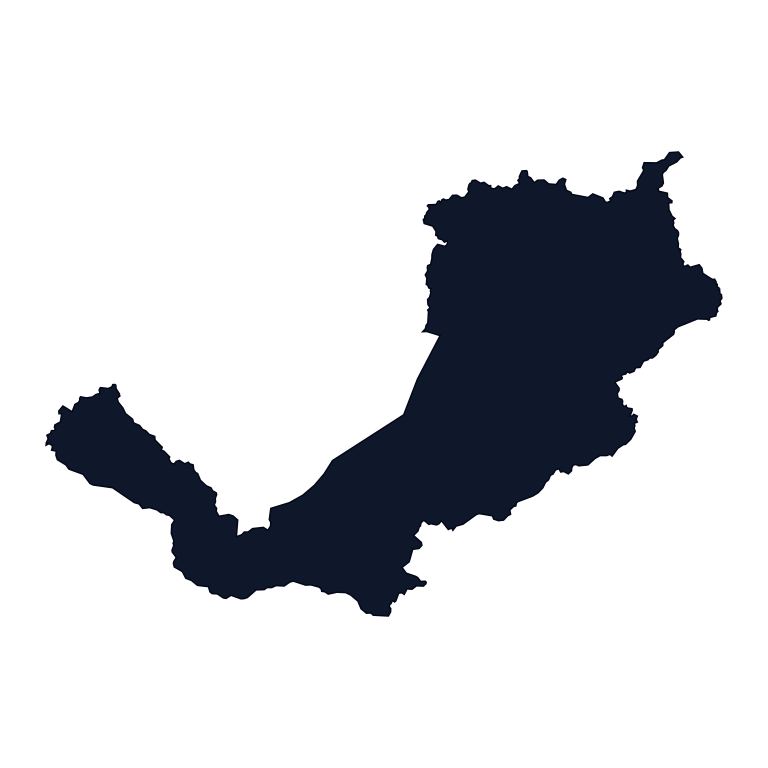 the Republic of Buryat
{"feature_id": "RUS-2606", "entity_name": "Buryat", "entity_type": "Republic", "adm_level": 1, "iso_a3": "RUS", "parent_name": "Russia", "parent_adm1": "", "projection": "albers", "projection_center": [108.984, 53.605], "detail": "fine", "context": "isolated", "style": "filled", "palette": "ink", "viewbox_px": 768, "rotation_deg": 0, "n_neighbors": 0, "source": "natural_earth", "source_scale": "10m", "svg_char_len": 6094}
<svg xmlns="http://www.w3.org/2000/svg" viewBox="0 0 768 768"><path d="M93.2,485.0L90.0,483.5L83.1,474.3L68.9,469.1L65.9,464.9L57.4,459.7L55.9,455.3L56.2,451.1L51.6,450.2L52.4,447.0L52.0,445.3L48.9,443.7L46.1,445.2L46.3,442.7L48.2,438.8L46.9,435.2L50.4,433.5L51.5,430.6L54.3,430.6L55.3,429.0L54.4,427.4L54.9,424.9L60.4,421.9L61.7,413.8L59.0,413.7L58.8,411.0L62.9,406.0L72.2,411.8L74.9,404.4L78.5,402.5L79.8,400.2L79.6,398.6L80.5,396.8L86.5,397.9L92.5,397.0L96.0,394.5L100.0,393.4L99.1,389.8L100.4,387.6L108.2,388.5L111.8,386.9L112.8,384.6L115.0,384.5L115.8,385.2L116.1,388.7L119.5,394.0L119.2,396.0L119.7,396.1L117.1,398.4L118.3,402.2L122.9,408.0L125.5,413.5L132.6,419.2L133.6,422.9L139.6,425.5L142.6,429.4L145.8,430.8L149.2,434.4L154.7,436.4L155.1,440.1L162.2,447.2L161.3,450.4L163.9,451.1L169.7,457.0L168.9,458.9L171.1,463.0L174.2,464.0L176.2,461.4L179.5,460.4L184.7,463.8L188.4,462.2L189.8,463.9L193.1,464.8L193.8,469.8L195.7,472.6L197.6,473.5L200.4,480.3L206.3,485.8L211.1,487.9L212.5,490.7L216.3,492.9L216.6,494.8L215.3,498.2L215.5,501.8L214.2,505.1L216.6,508.3L216.2,511.3L219.0,516.3L228.8,514.5L233.1,516.0L237.7,520.0L236.4,536.7L241.8,534.7L244.3,532.0L248.2,532.0L252.5,528.6L263.4,527.4L267.9,530.3L270.5,526.1L270.8,522.4L269.3,519.5L270.8,508.4L289.4,502.7L302.8,495.2L314.4,485.3L324.1,473.9L332.5,460.6L403.7,414.8L417.5,379.0L440.1,335.6L426.8,331.5L422.7,331.7L425.4,328.7L426.1,325.4L427.8,323.1L428.5,311.7L427.7,310.1L430.1,307.6L428.0,304.7L427.6,299.4L429.5,297.4L430.9,292.7L430.4,291.1L430.8,288.8L428.8,287.9L427.7,285.1L426.3,284.5L426.9,278.3L425.3,274.9L427.7,270.8L427.3,267.5L427.7,265.6L430.6,264.5L431.9,258.5L432.0,254.5L433.5,249.4L437.6,244.4L445.2,246.4L447.2,244.1L447.5,242.3L446.9,240.9L444.4,242.2L442.3,239.7L438.3,238.6L437.6,236.2L435.7,235.2L436.1,231.5L432.7,226.1L424.2,223.5L423.3,219.5L424.7,218.4L424.8,216.0L426.3,214.7L426.6,212.7L429.0,209.8L429.1,207.7L427.4,205.9L428.3,204.8L436.2,204.5L437.8,201.5L439.1,200.9L440.6,202.5L441.9,199.8L443.5,199.0L445.8,200.1L449.1,199.5L452.6,195.3L457.0,195.2L461.3,197.8L464.8,197.1L468.9,191.7L467.9,189.2L468.8,185.5L469.8,183.5L471.1,183.1L472.2,180.6L475.4,180.1L480.5,183.2L484.1,182.3L488.7,185.7L490.6,185.6L490.7,187.8L493.1,188.8L495.2,188.5L498.2,185.9L502.7,188.3L506.6,186.7L511.9,189.3L514.9,185.6L519.2,183.7L519.3,182.7L517.9,180.3L519.5,178.7L519.4,176.4L521.9,171.0L526.1,170.6L527.2,171.3L527.8,176.5L530.6,177.7L534.2,182.7L537.6,180.2L544.2,180.0L548.6,183.9L556.2,184.5L559.2,180.2L562.9,178.2L565.8,179.6L564.4,184.2L566.4,190.3L570.9,192.3L571.7,194.4L588.1,197.5L592.8,193.9L603.0,198.0L605.1,201.6L606.6,202.6L610.2,201.3L610.5,200.1L609.7,198.6L612.5,196.7L614.3,192.3L619.2,191.3L624.6,193.2L626.6,191.9L626.4,190.2L630.3,191.1L635.9,189.5L637.6,185.8L637.5,181.1L643.5,171.0L643.4,169.1L642.5,167.9L644.1,162.7L656.5,162.9L662.1,160.0L664.3,159.9L669.5,152.6L678.5,152.0L682.7,157.1L680.5,157.8L676.7,161.9L668.8,165.9L666.0,170.4L663.2,172.5L662.3,174.6L663.4,183.0L662.0,185.9L658.2,188.2L658.6,191.2L667.4,193.2L667.6,197.6L672.0,200.9L671.8,202.7L668.6,202.9L669.0,209.9L672.1,216.3L675.0,218.5L673.1,220.2L673.8,223.1L673.0,225.1L674.6,228.5L677.6,230.8L678.5,232.6L678.5,235.2L677.2,238.4L678.4,243.7L678.1,247.8L680.7,249.5L680.1,251.6L680.8,253.7L680.5,257.6L683.8,261.6L682.8,264.1L683.4,265.5L684.4,266.6L687.8,265.0L690.2,267.3L699.2,264.7L701.9,268.2L702.8,273.3L712.2,279.4L714.6,279.2L716.1,281.8L716.0,283.1L717.3,284.4L717.0,287.0L718.7,287.5L719.0,289.2L719.6,289.1L719.9,293.6L721.4,294.6L721.9,298.3L720.0,300.7L721.0,303.9L717.4,307.3L717.3,310.4L717.9,311.2L716.5,312.8L715.8,316.0L709.9,317.4L709.4,320.0L708.6,320.3L707.2,319.2L697.5,318.9L677.9,326.8L674.0,330.0L674.3,331.9L673.6,334.3L662.9,342.6L662.7,345.7L658.1,349.6L658.2,352.0L655.9,355.2L652.6,357.9L649.2,358.1L648.1,359.7L643.5,361.2L640.1,367.4L635.6,367.8L634.0,371.3L629.5,373.0L627.4,371.7L625.7,374.0L621.7,375.0L621.5,376.9L622.3,377.7L621.9,378.9L615.6,381.7L615.3,382.9L619.1,388.2L619.1,390.4L617.3,393.4L618.0,397.9L622.0,399.5L622.7,401.3L622.3,404.2L623.9,406.6L626.2,405.5L626.4,407.1L628.1,408.2L632.0,408.7L632.2,410.4L630.0,416.1L632.3,416.0L633.7,414.3L637.3,416.1L636.1,419.3L637.3,422.1L634.2,423.3L634.9,425.6L634.1,428.1L635.2,431.4L630.7,439.3L625.5,444.4L623.4,444.6L617.8,448.3L612.1,456.1L610.1,454.3L606.5,455.6L600.1,455.6L595.1,458.4L587.9,464.9L578.8,465.8L575.8,464.5L573.2,465.1L571.8,467.7L571.5,470.9L568.3,473.9L563.8,471.5L560.7,472.0L559.0,468.7L555.4,470.0L553.2,473.9L550.4,475.4L548.5,479.9L545.5,482.3L542.9,487.7L538.1,492.8L532.8,496.0L517.7,501.7L516.3,503.1L515.8,506.0L513.8,506.3L509.8,510.0L510.6,514.3L507.8,515.6L503.6,520.1L498.5,520.7L493.7,519.1L492.4,515.8L479.2,513.6L476.4,514.5L463.0,524.2L456.1,526.1L452.9,530.3L451.6,528.0L448.3,529.5L441.5,520.7L438.8,523.9L436.4,524.9L430.9,523.7L428.9,524.4L424.6,520.8L422.9,520.7L420.8,523.3L420.5,525.9L419.2,527.0L417.9,531.1L413.5,535.5L421.3,542.4L421.9,545.3L419.0,548.5L412.7,549.3L409.2,561.8L402.0,567.4L406.3,573.2L415.7,576.4L417.8,577.7L420.7,581.5L425.2,581.2L426.2,582.3L425.9,583.7L423.4,586.1L416.5,585.8L412.1,589.2L407.0,588.9L404.2,594.4L401.8,592.7L398.6,593.3L395.9,600.8L394.6,602.0L393.2,601.0L391.7,601.4L391.3,603.2L389.7,604.6L389.3,607.1L390.7,608.4L390.6,611.9L388.4,616.0L373.2,615.2L370.9,613.0L366.4,613.2L361.1,608.8L357.9,601.1L350.7,595.0L345.6,592.6L337.0,592.2L328.2,594.1L324.9,591.8L321.7,591.3L321.2,588.9L319.1,587.1L311.0,584.9L305.5,585.1L293.3,581.1L289.8,582.1L284.2,586.0L276.1,585.6L271.6,587.6L266.9,587.6L264.3,589.6L256.1,589.9L247.4,597.5L244.2,598.6L240.9,598.8L231.0,595.3L226.1,598.4L223.4,598.0L217.3,593.9L212.0,593.6L210.0,591.9L208.4,586.6L197.5,585.4L191.4,580.4L185.8,578.3L182.3,571.5L174.3,567.0L173.4,563.4L173.8,561.6L176.3,557.5L172.3,552.1L172.0,550.2L173.9,545.2L173.1,543.5L173.9,541.0L171.3,533.4L171.8,524.5L174.4,520.6L174.1,519.5L169.4,515.3L166.4,514.8L163.8,512.7L160.7,512.6L157.1,509.9L149.7,507.6L142.7,508.4L139.0,503.9L134.3,502.6L112.5,487.7L93.2,485.0Z" fill="#0f172a" stroke="#020617" stroke-width="1.5"/></svg>